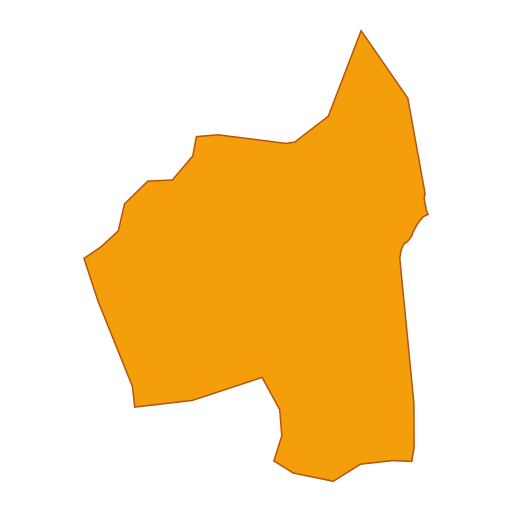 the district of Ilejemeje, Ekiti, Nigeria
{"feature_id": "59680162B76636581595069", "entity_name": "Ilejemeje", "entity_type": "district", "adm_level": 2, "iso_a3": "NGA", "parent_name": "Nigeria", "parent_adm1": "Ekiti", "projection": "natural_earth1", "projection_center": [5.249, 7.94], "detail": "fine", "context": "isolated", "style": "filled", "palette": "amber", "viewbox_px": 512, "rotation_deg": 0, "n_neighbors": 0, "source": "geoboundaries", "source_scale": "gbopen_adm2", "svg_char_len": 1135}
<svg xmlns="http://www.w3.org/2000/svg" viewBox="0 0 512 512"><path d="M361.1,30.7L328.3,116.2L294.8,142.0L285.9,143.4L218.0,134.8L196.4,136.6L192.8,155.8L172.4,180.0L147.8,181.1L124.5,203.9L118.3,230.9L100.8,247.0L84.0,258.4L98.0,301.1L132.5,386.7L134.7,407.1L192.3,400.4L262.1,377.4L279.7,409.7L281.8,435.8L273.9,460.9L293.1,473.0L333.2,481.3L360.4,464.2L392.6,460.6L411.7,461.4L414.1,447.6L413.9,403.3L399.7,257.3L400.0,256.7L400.3,255.7L400.4,254.9L400.5,254.0L400.5,252.9L400.8,252.4L400.8,251.9L401.2,250.3L401.8,248.3L402.4,247.3L402.8,246.4L403.1,245.4L403.5,244.7L404.1,243.9L404.6,243.4L405.0,243.1L405.4,243.1L406.3,242.2L406.9,242.1L407.6,241.4L408.2,240.8L408.7,240.2L409.7,238.9L410.6,237.3L411.7,235.9L412.4,234.6L412.5,233.3L412.8,232.1L413.5,231.4L415.4,227.5L417.6,223.8L420.3,220.2L423.4,216.6L428.0,214.4L427.6,213.5L426.9,211.9L426.9,211.3L426.8,210.9L426.4,210.4L426.0,209.8L425.9,208.7L426.0,207.2L425.8,206.8L425.4,205.1L425.1,203.8L424.7,201.8L424.5,200.4L424.5,199.9L424.1,198.6L424.1,198.4L424.1,198.2L424.8,195.2L425.0,193.2L407.8,98.2L361.1,30.7Z" fill="#f59e0b" stroke="#b45309" stroke-width="1.5"/></svg>